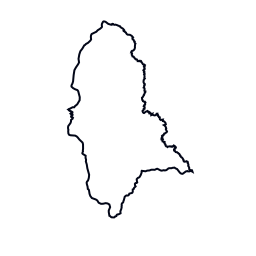 Phonthong, Louangphrabang, Laos, rotated 27°
{"feature_id": "54806243B14812805317737", "entity_name": "Phonthong", "entity_type": "district", "adm_level": 2, "iso_a3": "LAO", "parent_name": "Laos", "parent_adm1": "Louangphrabang", "projection": "albers", "projection_center": [103.126, 20.819], "detail": "fine", "context": "isolated", "style": "outline", "palette": "ink", "viewbox_px": 256, "rotation_deg": 27, "n_neighbors": 0, "source": "geoboundaries", "source_scale": "gbopen_adm2", "svg_char_len": 5833}
<svg xmlns="http://www.w3.org/2000/svg" viewBox="0 0 256 256"><g transform="rotate(27 128 128)"><path d="M50.7,81.2L51.2,84.5L52.5,88.8L54.6,91.8L54.6,93.8L54.1,97.8L54.0,100.8L55.5,105.4L57.9,111.4L58.3,113.6L58.3,115.5L58.6,116.4L58.9,116.8L61.0,117.4L63.3,117.5L65.7,117.2L66.9,117.8L71.0,122.4L72.3,125.2L72.0,130.0L70.8,132.7L70.7,133.9L69.2,134.7L67.3,137.4L66.8,137.8L66.4,138.6L67.4,138.6L67.6,138.7L67.6,139.1L68.6,139.2L69.4,138.9L70.1,139.4L70.7,139.0L71.3,139.1L71.5,139.5L71.4,140.1L70.9,140.1L70.5,140.4L70.2,141.3L71.2,141.6L72.5,141.3L72.7,141.9L72.0,142.9L72.0,143.5L72.3,143.9L73.2,144.0L73.8,143.7L74.3,143.9L74.2,144.4L74.4,144.9L73.6,146.7L74.3,148.2L74.5,149.8L73.9,153.3L74.2,154.5L75.1,156.1L75.7,156.6L76.1,157.9L77.4,160.0L78.7,160.8L80.0,160.6L84.3,158.8L86.0,158.8L87.4,159.2L90.0,160.4L94.1,161.6L95.3,162.9L97.4,166.9L98.0,168.6L98.5,169.2L98.6,170.6L98.9,171.4L99.9,171.7L102.8,171.9L103.8,174.0L104.9,175.1L105.5,176.4L105.6,176.9L107.8,179.2L110.1,182.4L114.6,187.3L115.7,190.1L116.1,192.1L116.2,193.1L115.8,194.3L116.0,195.6L117.0,196.9L118.6,198.6L119.9,200.6L120.9,200.7L121.8,201.6L123.6,204.1L125.3,205.7L127.6,206.8L131.8,206.3L133.5,206.5L135.8,207.9L138.4,207.8L140.2,206.8L142.2,205.1L144.1,204.5L146.1,204.6L148.0,206.6L148.3,210.2L149.0,211.6L151.3,214.7L152.0,214.6L153.2,215.0L154.0,215.0L156.2,214.0L156.5,213.6L156.6,212.8L157.6,211.8L157.4,210.9L157.6,210.1L158.0,209.7L158.7,209.3L160.1,207.4L159.0,205.6L158.8,203.3L158.3,201.4L157.9,200.9L157.7,200.0L157.2,199.4L156.8,198.0L157.4,196.6L157.4,196.1L157.1,195.2L157.1,194.5L156.3,190.7L157.0,189.1L157.5,188.6L158.5,188.3L158.9,187.8L159.1,187.2L159.0,185.9L161.0,184.1L161.2,183.8L161.2,182.7L160.1,180.6L160.8,179.7L160.6,178.5L161.3,176.6L160.2,175.8L159.5,174.6L159.7,173.7L160.7,173.0L160.9,172.2L160.2,171.5L159.0,169.7L159.4,168.1L160.5,166.7L160.7,164.4L160.4,161.6L159.7,160.3L159.7,159.9L163.3,158.6L164.4,157.3L166.5,156.0L167.2,155.1L168.2,154.3L170.8,153.1L172.1,151.4L172.7,151.0L176.3,151.0L177.4,150.7L179.1,149.3L179.6,149.3L180.8,148.6L181.4,147.9L182.4,145.6L183.0,145.1L185.1,144.0L185.6,143.4L187.4,142.2L188.7,142.4L190.4,142.3L194.4,144.2L195.6,144.5L196.9,144.3L197.5,144.0L199.3,140.4L200.5,139.4L200.9,139.5L202.4,138.8L203.5,137.6L205.3,137.7L204.2,136.6L202.6,137.2L201.1,136.8L200.5,135.5L199.5,134.8L199.4,134.6L198.8,134.4L198.5,133.3L198.0,132.7L197.1,132.2L196.9,131.9L196.9,131.3L196.4,131.0L195.9,131.2L195.3,131.0L194.5,131.8L193.4,132.5L192.5,132.1L192.4,131.7L191.8,131.4L191.7,131.0L191.3,130.9L190.9,130.5L189.6,129.8L189.1,129.9L188.3,129.7L187.3,128.8L186.8,128.6L186.7,128.8L185.5,127.8L184.8,127.9L184.2,127.5L183.4,127.6L182.9,127.3L181.4,127.8L180.2,127.1L179.8,127.3L179.3,127.2L178.7,126.2L178.8,125.7L179.2,125.4L179.5,124.7L179.3,124.1L179.5,123.7L179.2,123.4L178.6,123.8L178.0,122.9L176.8,122.8L176.8,123.6L176.4,124.1L176.2,123.9L176.0,124.1L175.6,124.2L175.3,124.7L175.5,124.8L175.0,125.1L173.7,125.2L173.2,125.7L171.9,126.5L171.8,127.0L171.0,126.8L170.4,127.0L169.6,126.7L169.1,125.9L168.8,125.9L168.6,125.5L167.8,125.3L167.4,124.6L167.0,124.7L166.3,124.3L166.4,123.9L164.9,124.3L164.5,123.8L164.6,123.6L164.0,123.1L163.6,123.1L164.2,122.2L163.5,121.7L162.5,121.8L162.3,120.3L162.6,120.0L161.9,119.5L162.3,118.6L162.9,118.1L162.8,116.6L163.3,116.3L163.4,115.8L164.3,114.4L164.4,113.5L162.3,112.0L162.1,111.5L162.2,110.9L161.2,110.0L159.7,109.2L158.7,109.1L160.0,107.6L159.6,107.2L159.4,106.7L158.4,106.1L156.8,105.7L155.9,106.0L155.6,105.5L155.3,105.4L155.2,104.7L153.8,105.7L153.6,106.0L152.5,105.8L151.7,104.7L151.5,104.1L150.6,104.3L150.1,103.8L149.2,103.6L149.2,103.1L148.5,102.5L147.7,102.8L147.5,102.0L147.0,102.3L147.1,103.5L146.2,104.6L145.3,104.9L143.9,105.0L143.4,105.5L143.4,105.2L143.0,105.4L143.0,105.0L142.8,105.3L142.4,105.1L142.3,104.7L141.8,105.0L141.4,104.7L141.1,104.9L141.1,104.7L140.5,104.3L140.1,104.6L140.0,104.2L139.6,104.1L139.3,104.6L138.2,104.5L138.0,104.0L137.7,103.9L136.5,105.3L135.5,107.4L135.2,107.5L134.3,107.3L133.2,106.3L133.2,105.9L133.7,104.7L133.3,103.8L134.0,103.3L133.4,101.8L132.1,101.5L132.1,100.1L132.6,99.7L132.5,98.9L131.8,98.0L131.9,97.3L131.0,96.9L130.5,97.3L129.1,97.3L128.6,96.6L127.9,96.5L126.7,94.7L127.2,93.4L127.1,92.7L127.3,91.5L127.0,91.2L127.2,89.9L126.9,89.0L127.2,88.3L126.9,87.5L126.6,87.6L125.7,87.4L125.1,85.7L124.7,85.2L124.3,84.9L123.6,84.9L123.6,83.8L123.1,82.8L123.4,82.4L123.4,81.9L122.9,81.6L122.7,81.0L122.1,81.0L121.1,80.2L120.7,79.5L120.5,78.7L120.2,78.3L120.5,76.2L119.8,76.0L119.4,74.6L118.6,73.5L118.4,72.6L117.9,72.7L117.7,71.6L117.0,71.2L117.1,70.8L116.8,70.6L116.8,70.2L116.5,70.2L115.5,69.7L115.5,69.1L116.0,68.3L115.7,68.0L115.9,67.6L115.6,67.4L115.3,66.7L114.3,66.2L114.3,65.9L114.8,65.2L114.4,64.7L114.5,64.3L113.6,64.1L113.1,64.5L112.2,64.4L111.7,63.9L110.9,63.6L109.3,62.5L108.8,63.1L108.0,62.7L107.3,63.6L106.7,63.6L106.2,64.0L105.8,63.5L104.8,62.9L104.1,63.3L103.3,62.9L103.0,63.1L102.3,62.9L101.4,62.2L101.0,62.2L100.5,61.9L99.5,62.2L98.7,61.3L98.1,61.1L97.8,60.4L97.8,59.8L96.8,59.0L96.6,59.1L96.6,58.6L96.3,58.3L96.6,57.4L97.2,57.0L97.7,56.2L98.0,54.7L97.7,53.2L97.2,52.4L96.3,50.1L96.3,49.4L95.1,48.9L94.8,48.6L94.7,47.9L93.9,47.8L93.1,47.0L92.5,46.7L91.9,46.9L91.2,46.1L90.9,45.4L91.2,44.9L89.4,44.2L87.4,44.1L85.3,45.0L84.4,44.9L83.2,44.3L83.0,44.0L82.5,43.8L81.7,43.8L81.2,43.4L80.9,43.6L80.1,43.6L79.7,43.2L79.9,42.4L79.7,42.3L78.4,41.8L75.8,41.6L74.8,41.0L74.3,41.3L73.4,41.1L72.6,41.3L71.5,41.3L69.9,41.6L68.9,42.3L67.7,42.3L67.5,42.1L66.8,42.3L66.6,42.6L67.1,42.9L66.3,43.6L63.2,44.2L59.9,43.6L58.9,43.7L57.9,44.1L57.6,44.5L57.5,45.1L57.5,47.0L57.9,48.2L58.8,49.5L58.9,50.2L58.1,52.2L56.6,54.7L56.1,56.6L53.0,60.7L52.9,61.2L53.1,62.6L53.6,63.8L54.9,65.8L54.8,67.2L53.7,70.3L52.4,72.2L52.0,73.6L51.5,74.2L51.3,78.0L50.7,81.2Z" fill="none" stroke="#020617" stroke-width="2"/></g></svg>